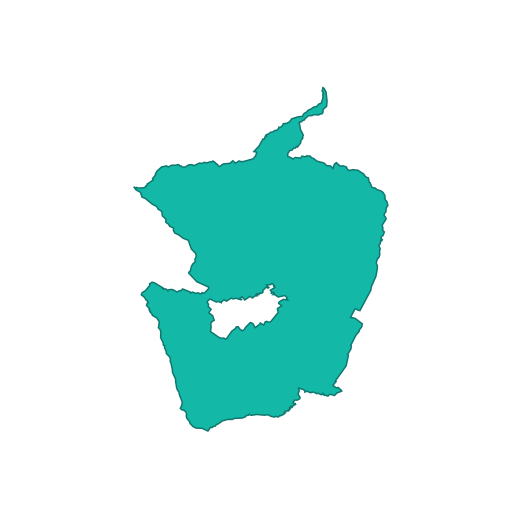 Kediri, Jawa Timur, Indonesia, rotated 299°
{"feature_id": "22746128B82286187836997", "entity_name": "Kediri", "entity_type": "district", "adm_level": 2, "iso_a3": "IDN", "parent_name": "Indonesia", "parent_adm1": "Jawa Timur", "projection": "natural_earth1", "projection_center": [112.099, -7.802], "detail": "fine", "context": "isolated", "style": "filled", "palette": "teal", "viewbox_px": 512, "rotation_deg": 299, "n_neighbors": 0, "source": "geoboundaries", "source_scale": "gbopen_adm2", "svg_char_len": 6147}
<svg xmlns="http://www.w3.org/2000/svg" viewBox="0 0 512 512"><g transform="rotate(299 256 256)"><path d="M368.0,341.5L371.5,339.3L373.2,336.2L373.5,333.8L372.7,329.6L373.2,327.2L372.3,324.8L372.6,323.5L375.3,320.4L375.7,318.8L378.8,316.5L378.4,314.9L378.9,312.1L379.9,310.5L380.4,303.6L378.4,298.7L375.9,296.0L376.4,293.2L377.7,292.0L377.1,288.4L375.4,286.2L376.6,281.0L374.4,280.0L369.8,280.9L370.9,277.6L369.3,274.0L370.3,270.5L368.5,263.1L369.2,259.2L368.8,256.6L369.5,255.6L369.6,254.5L368.4,253.1L368.5,252.0L367.7,251.9L366.4,250.4L365.7,247.8L363.2,247.5L361.2,242.5L358.7,241.3L359.0,238.8L358.4,235.6L360.9,234.1L365.0,234.5L365.8,236.1L369.0,236.8L369.4,238.1L371.5,238.4L371.4,239.5L376.7,240.2L378.4,239.3L382.0,239.8L382.5,239.0L384.6,238.8L388.1,233.7L393.8,229.0L395.7,230.9L397.0,230.9L398.5,232.4L399.9,232.3L404.2,233.9L405.9,236.9L407.8,238.2L409.7,242.4L411.3,243.3L412.5,244.9L414.3,244.9L416.6,243.6L421.1,245.2L426.0,243.0L433.3,237.8L435.6,234.3L435.7,232.9L432.3,233.9L431.2,236.1L430.1,235.9L426.8,237.9L421.4,239.0L419.2,237.2L416.1,236.5L414.1,234.1L411.6,233.1L408.7,230.9L405.5,230.2L404.7,229.3L403.0,228.8L400.6,229.0L398.4,225.6L393.4,220.8L389.3,220.2L386.8,218.4L385.0,215.8L381.8,215.8L379.9,214.5L379.8,213.6L378.7,214.0L376.0,213.3L374.9,211.6L372.5,210.4L371.3,208.7L368.4,207.7L367.9,206.8L366.5,206.1L366.1,207.0L365.1,206.0L362.9,206.7L361.8,206.1L361.8,205.4L353.6,205.3L346.3,203.5L347.1,205.7L346.9,206.4L343.8,207.1L339.6,206.4L333.0,199.7L331.4,197.6L330.9,195.1L327.2,193.0L328.1,189.6L324.5,188.3L320.5,182.6L316.8,181.0L316.5,180.0L317.6,177.0L317.2,176.5L318.1,174.6L318.2,172.2L316.9,171.7L316.3,170.4L313.7,167.9L312.8,165.4L310.7,163.8L309.9,161.5L304.9,157.9L304.9,155.7L303.1,153.0L299.4,150.9L298.1,148.5L298.5,147.0L297.8,145.4L298.5,144.4L298.0,143.3L296.6,142.0L294.5,138.2L291.4,136.2L291.4,134.0L288.2,130.3L282.4,128.3L278.9,128.2L278.3,128.9L273.5,128.0L272.9,129.1L272.4,129.1L266.2,126.0L265.8,126.4L263.7,125.7L263.0,126.1L261.1,124.5L258.5,120.5L258.0,118.2L257.1,118.1L257.3,115.5L255.6,119.2L255.7,124.1L252.2,127.8L252.7,131.0L251.0,140.4L251.2,145.0L249.4,148.0L249.5,150.9L248.6,152.5L245.7,154.6L244.6,159.2L241.7,160.9L241.5,163.7L240.1,166.2L240.6,170.1L238.2,171.4L236.7,174.0L237.0,178.4L236.2,183.6L236.9,189.2L230.8,196.0L229.0,201.9L226.9,203.9L223.5,204.2L221.2,205.7L218.7,204.6L215.8,204.5L211.3,205.8L209.1,205.1L208.4,205.6L204.8,216.6L205.8,229.6L204.6,230.4L199.1,229.0L197.8,227.8L197.9,226.6L196.4,226.3L195.8,225.3L195.8,223.2L194.2,221.6L193.6,217.9L192.0,216.9L192.6,216.1L191.6,207.8L189.1,207.2L189.0,206.4L186.2,204.1L186.3,200.1L185.7,198.1L183.9,195.8L182.8,195.8L183.5,193.7L182.7,191.2L182.1,191.0L182.4,189.8L183.0,189.9L183.3,180.2L182.7,177.8L180.0,176.4L179.0,177.4L172.2,176.1L168.7,174.2L166.4,174.5L165.9,178.2L164.0,181.7L164.3,182.4L163.0,184.3L161.9,183.7L161.6,184.2L159.8,184.0L158.0,188.8L157.2,188.5L156.3,190.5L155.8,190.3L154.6,193.6L153.8,194.1L153.8,199.0L151.6,203.3L146.0,205.4L145.3,207.6L143.6,209.5L138.3,212.2L135.1,216.9L133.3,217.9L133.1,219.8L131.5,220.3L129.1,223.7L127.3,224.8L125.9,229.2L124.9,230.7L121.8,232.4L121.1,233.6L115.9,238.1L113.8,239.3L109.0,245.8L108.0,246.0L102.5,250.3L100.5,252.5L99.8,254.4L97.4,256.4L92.4,262.4L89.3,263.5L86.1,263.6L85.5,265.5L86.1,267.8L85.7,270.1L84.1,272.0L82.4,272.4L80.6,274.1L78.7,278.5L77.6,279.4L76.3,283.5L76.4,286.9L79.2,292.5L79.6,298.8L84.0,299.3L84.7,300.8L86.1,301.2L87.7,303.0L89.6,303.0L90.4,304.1L95.5,306.6L99.2,310.3L101.6,314.5L103.7,316.1L107.5,322.3L109.8,324.5L111.7,324.9L113.2,326.7L114.3,326.8L114.2,328.8L117.8,333.6L120.8,340.4L123.0,343.6L123.0,346.5L124.0,350.1L125.2,350.9L126.1,353.7L127.9,354.1L128.1,354.9L130.8,356.9L132.5,357.5L132.0,356.6L132.9,357.2L133.3,356.5L136.2,358.5L135.9,359.2L137.0,359.8L137.7,359.3L138.2,359.9L139.5,359.1L139.4,360.0L140.2,360.2L141.3,359.2L142.0,360.1L141.6,361.0L143.0,360.9L145.4,362.6L146.0,361.8L145.4,360.6L145.7,359.5L148.7,359.6L150.0,362.0L152.2,363.4L153.5,363.3L155.7,359.6L159.1,359.2L160.7,357.3L161.5,357.5L161.2,358.2L162.3,362.3L161.6,364.2L160.7,364.7L162.5,366.2L162.8,369.9L164.5,371.6L165.2,374.1L164.9,375.6L166.0,376.8L166.3,380.4L167.6,381.2L167.4,382.3L168.0,381.9L167.6,382.8L168.3,386.8L170.9,387.6L172.1,392.3L175.5,393.2L179.3,396.5L179.8,396.1L180.9,391.5L179.5,390.3L180.1,386.0L185.0,386.9L185.1,386.0L203.7,388.1L214.0,384.9L214.1,383.9L220.7,384.1L223.7,382.9L223.8,382.2L235.6,381.8L240.1,382.8L241.0,382.2L245.2,382.8L248.2,381.9L248.3,381.2L249.5,373.0L248.2,368.4L257.3,368.3L258.2,368.9L258.1,371.6L258.6,373.4L281.7,373.0L285.2,371.8L296.4,370.7L304.1,368.1L306.6,366.7L307.4,365.2L308.7,364.4L311.9,363.6L314.5,364.2L317.3,363.6L319.7,361.9L322.6,361.1L324.6,358.4L326.8,358.7L330.1,357.6L330.3,358.6L331.6,358.5L332.2,356.7L333.7,356.2L335.6,357.2L339.2,356.6L340.2,353.8L341.5,353.8L344.2,351.4L351.0,351.9L352.2,351.3L353.7,348.3L355.6,347.7L357.6,348.2L361.3,346.6L364.2,346.8L367.1,344.0L368.0,341.5ZM193.7,235.6L196.1,236.7L196.5,243.5L198.1,245.5L198.3,248.3L199.3,248.1L202.2,249.3L202.2,252.1L207.1,254.7L207.3,256.7L209.4,259.1L210.4,264.1L210.8,264.4L211.4,262.5L213.6,263.5L212.1,267.5L217.8,270.4L217.5,273.1L221.2,275.0L221.5,276.2L222.4,276.1L222.5,274.7L223.4,275.1L223.2,275.9L224.8,276.9L224.1,277.3L225.2,277.6L226.3,279.1L227.9,279.6L228.8,278.7L233.8,280.0L233.7,282.0L234.6,282.6L235.8,279.3L238.0,282.6L239.8,283.4L239.0,286.3L238.2,286.0L237.6,287.8L233.0,285.1L231.9,287.7L230.2,287.1L232.7,288.9L232.3,290.0L230.5,289.6L231.3,291.1L230.9,295.3L235.4,300.4L234.6,303.5L233.3,303.4L232.8,305.0L231.3,300.9L227.1,298.5L225.5,298.7L225.0,302.6L220.3,300.2L217.4,302.8L205.8,300.7L204.5,299.7L203.9,296.8L202.9,296.0L199.3,296.2L199.5,292.2L198.5,292.4L192.9,290.1L195.5,285.8L195.1,283.3L188.7,281.5L185.5,281.3L184.0,280.4L184.2,277.5L185.5,274.7L184.4,273.1L182.7,273.2L178.6,271.3L168.9,270.2L168.4,268.7L168.7,267.7L167.4,265.9L166.8,263.2L167.9,252.8L171.5,251.5L175.3,249.1L176.5,249.0L179.5,250.6L182.8,247.0L183.5,242.2L187.6,242.6L188.7,238.6L190.9,237.8L191.5,235.9L193.7,235.6Z" fill="#14b8a6" stroke="#0f766e" stroke-width="1.5"/></g></svg>